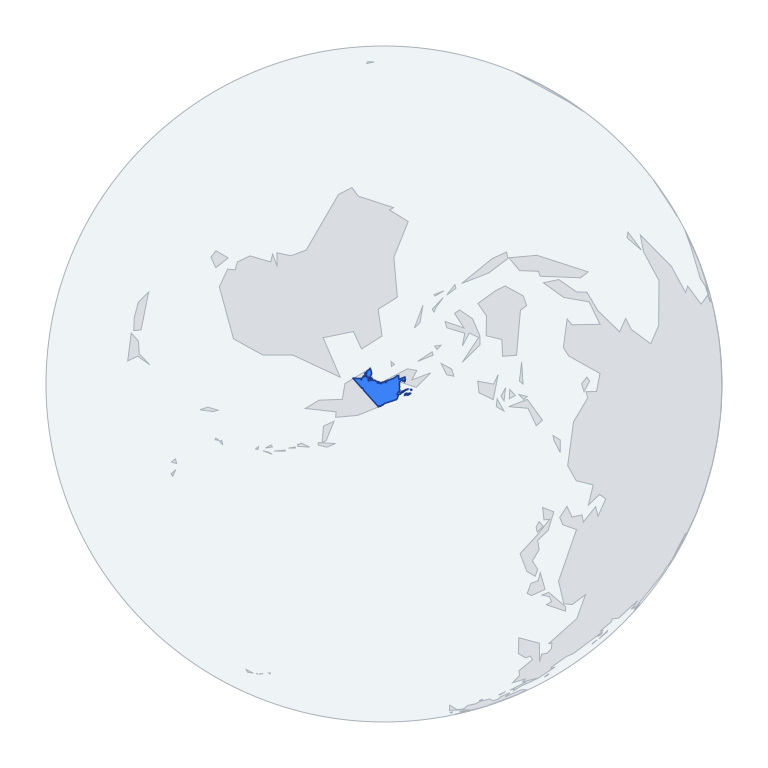 Papua highlighted on a globe, orthographic projection, rotated 138°
{"feature_id": "IDN-558", "entity_name": "Papua", "entity_type": "Province", "adm_level": 1, "iso_a3": "IDN", "parent_name": "Indonesia", "parent_adm1": "", "projection": "orthographic", "projection_center": [137.674, -4.867], "detail": "fine", "context": "on_globe", "style": "filled", "palette": "blue", "viewbox_px": 768, "rotation_deg": 138, "n_neighbors": 0, "source": "natural_earth", "source_scale": "10m", "svg_char_len": 11884}
<svg xmlns="http://www.w3.org/2000/svg" viewBox="0 0 768 768"><g transform="rotate(138 384 384)"><circle cx="384" cy="384" r="338" fill="#eef3f6" stroke="#a8b0b8"/><path d="M602.6,456.8L602.5,459.3L602.1,459.6L602.6,456.8ZM552.4,91.0L543.0,86.3L547.4,90.0L538.2,84.4L553.7,97.8L550.0,101.3L547.7,93.2L542.5,89.4L536.7,89.0L530.1,85.2L523.5,83.2L516.1,79.1L515.3,75.9L510.6,73.6L506.7,73.6L496.9,70.3L503.3,70.4L486.8,65.1L482.5,61.2L493.8,64.4L523.8,76.3L552.4,91.0ZM677.5,264.1L674.6,256.6L678.3,261.2L677.5,264.1ZM671.5,252.3L672.8,254.7L671.5,252.7L671.5,252.3ZM669.7,250.9L671.0,251.9L669.7,251.5L669.7,250.9ZM667.4,250.0L668.5,250.1L668.5,250.4L667.4,250.0ZM663.1,246.4L661.8,245.3L662.6,244.6L663.1,246.4ZM552.1,94.3L554.4,94.5L554.4,95.7L552.1,94.3ZM523.9,83.7L525.3,85.1L521.3,83.6L523.9,83.7ZM506.3,76.2L499.3,73.9L506.3,75.6L506.3,76.2ZM495.2,72.2L478.4,67.7L480.2,69.9L465.7,62.1L484.8,67.9L493.0,69.3L491.3,70.1L495.2,72.2ZM460.3,59.1L456.2,57.9L460.4,58.6L460.3,59.1ZM262.2,68.8L265.9,67.4L268.4,66.5L270.3,65.8L266.2,67.8L269.4,66.6L272.0,65.4L280.1,62.5L292.8,58.8L290.6,59.7L285.7,61.1L272.2,66.3L259.6,71.0L260.0,71.1L270.4,67.4L286.9,60.9L295.1,58.5L288.2,60.9L291.4,59.8L294.8,58.9L296.1,59.2L304.1,56.5L344.4,49.9L351.0,51.1L340.4,53.2L366.3,53.1L371.6,56.7L374.0,55.2L388.1,55.6L386.6,54.4L388.9,53.8L424.3,57.1L430.9,59.5L448.9,61.5L450.2,61.0L446.3,59.2L465.7,62.1L480.2,69.9L476.6,70.4L488.2,75.9L478.3,76.7L475.5,80.6L458.0,79.8L457.3,84.0L462.0,85.8L464.5,93.7L453.6,105.2L442.0,87.4L454.2,73.4L447.5,77.8L442.9,74.7L436.7,75.3L432.5,79.3L435.7,80.9L397.7,80.6L375.3,92.6L391.7,94.2L397.4,100.3L386.2,120.7L338.3,147.0L345.3,159.7L342.7,167.3L329.9,170.6L333.3,159.3L324.4,154.2L328.3,148.0L308.8,151.2L313.5,142.5L296.0,150.3L297.7,157.7L313.1,157.3L296.0,169.0L305.9,183.6L302.0,200.5L268.4,229.1L241.7,237.4L239.0,243.1L231.1,236.2L216.4,247.3L228.0,281.3L226.2,291.2L204.4,309.7L204.7,302.2L183.5,283.8L176.6,307.8L192.5,328.1L197.8,352.5L184.3,344.7L179.2,323.5L171.8,316.4L176.0,295.3L174.0,265.1L160.5,271.0L163.7,259.0L158.9,235.4L140.7,243.7L110.4,276.9L102.7,308.4L93.8,323.2L91.7,279.2L98.7,250.1L92.9,253.6L94.9,231.1L84.0,233.4L86.9,226.5L83.8,230.7L85.9,224.9L90.6,216.4L104.1,194.6L119.3,173.9L136.0,154.5L154.1,136.3L173.6,119.6L194.2,104.4L216.0,90.8L238.7,78.9L262.2,68.8ZM82.4,231.6L76.1,245.1L77.5,243.5L84.8,230.4L79.8,241.6L78.4,250.6L64.1,280.7L57.5,296.9L68.2,263.6L82.4,231.6ZM52.9,316.7L54.1,312.2L52.5,320.2L47.3,354.9L52.9,316.7ZM116.2,177.9L116.4,178.0L129.6,161.7L130.7,160.7L134.8,155.9L130.5,160.6L134.0,156.6L116.2,177.9ZM146.3,143.8L147.2,143.0L153.9,136.5L146.3,143.8ZM175.8,629.8L182.3,633.7L180.4,634.4L175.8,629.8ZM58.1,473.4L57.0,468.8L53.6,453.5L58.3,471.1L77.6,526.2L77.9,527.2L66.9,500.7L58.1,473.4ZM277.1,413.1L287.3,415.3L287.0,416.9L277.1,413.1ZM266.5,407.0L277.7,408.1L264.8,410.4L266.5,407.0ZM282.2,408.6L293.7,406.2L298.7,404.0L298.0,407.3L282.2,408.6ZM258.9,406.7L219.7,404.8L204.7,400.1L207.8,394.3L232.0,396.5L258.9,406.7ZM206.6,394.1L184.3,377.4L157.3,330.8L166.8,331.4L195.8,359.6L193.9,364.5L207.4,377.6L206.6,394.1ZM262.3,366.0L260.3,381.0L238.2,378.6L228.4,375.8L221.6,356.4L225.4,346.9L233.3,347.5L266.3,316.7L277.3,325.2L266.6,338.2L275.8,351.5L262.3,366.0ZM103.1,311.4L105.5,330.1L101.1,333.6L103.1,311.4ZM281.4,295.5L266.9,308.4L280.7,290.9L281.4,295.5ZM290.7,279.1L290.7,285.9L286.0,279.0L290.7,279.1ZM237.0,252.0L228.6,253.3L229.2,248.7L240.5,244.4L237.0,252.0ZM298.9,215.2L295.5,228.2L292.8,232.6L290.5,224.4L298.9,215.2ZM308.5,54.6L308.4,54.6L308.5,54.6ZM340.2,50.0L347.6,48.8L348.7,49.1L347.1,49.4L340.2,50.0ZM341.7,49.5L342.9,48.8L349.8,48.0L347.5,48.6L341.7,49.5ZM528.3,586.8L534.2,591.1L525.2,600.4L511.9,609.1L497.4,609.8L528.3,586.8ZM419.7,595.4L415.5,582.0L431.1,583.0L427.8,594.0L419.7,595.4ZM537.8,580.3L545.7,570.2L545.2,555.2L548.4,569.5L558.9,572.7L537.8,591.0L537.8,580.3ZM352.1,535.6L291.0,555.3L276.4,551.4L277.5,540.9L259.0,508.8L263.5,509.6L257.3,488.5L291.9,471.6L316.0,439.6L338.3,443.5L353.3,421.0L377.2,425.1L371.6,443.5L398.3,459.1L412.0,418.3L432.4,466.6L454.6,486.5L465.6,518.3L441.3,566.4L423.4,574.0L418.2,568.4L411.2,572.8L397.8,568.8L386.6,550.5L379.9,555.0L384.7,542.8L375.8,553.1L367.1,541.4L352.1,535.6ZM524.9,475.6L529.4,477.8L537.9,487.9L530.5,484.8L524.9,475.6ZM591.3,463.6L594.2,468.3L589.1,468.0L591.3,463.6ZM602.1,459.6L596.1,459.7L602.6,456.8L602.1,459.6ZM544.3,452.2L546.9,455.7L545.1,456.3L544.3,452.2ZM542.3,450.8L544.5,446.6L544.6,451.3L542.3,450.8ZM519.1,421.5L521.5,419.6L522.8,421.7L519.1,421.5ZM302.3,416.5L316.1,405.6L324.0,405.3L302.3,416.5ZM515.0,415.8L508.6,414.2L509.1,411.9L515.0,415.8ZM515.1,410.1L514.1,406.6L518.7,415.4L515.1,410.1ZM502.4,400.3L510.5,407.7L501.6,400.9L502.4,400.3ZM497.9,400.3L492.2,396.7L492.6,395.7L497.9,400.3ZM438.2,395.3L458.8,418.4L443.1,415.4L425.2,400.5L412.8,410.4L383.7,404.9L389.8,398.5L385.5,387.1L356.4,379.6L350.6,372.1L360.6,368.4L341.9,361.1L362.3,360.0L371.0,375.2L382.6,365.4L403.6,370.7L424.6,378.3L442.2,391.6L438.2,395.3ZM363.1,391.6L366.7,392.0L363.7,396.0L363.1,391.6ZM481.5,386.8L489.7,395.3L488.8,396.9L484.9,395.2L481.5,386.8ZM446.1,389.7L464.8,380.7L469.3,381.7L457.1,393.2L446.1,389.7ZM459.9,372.2L468.8,375.3L473.8,382.9L472.0,384.4L459.9,372.2ZM321.5,374.2L320.8,378.2L315.7,374.6L321.5,374.2ZM328.1,372.5L343.9,378.3L326.7,375.7L328.1,372.5ZM282.4,355.3L286.7,364.8L300.3,359.8L290.0,367.7L299.7,383.8L296.7,389.5L287.0,372.0L284.3,389.2L278.3,388.5L274.6,373.4L280.4,355.8L286.4,348.9L311.3,347.7L282.4,355.3ZM327.8,361.0L323.7,349.8L326.9,343.0L331.2,349.0L327.8,361.0ZM312.5,323.4L302.7,310.6L293.0,314.5L313.3,299.3L319.2,314.0L312.5,323.4ZM305.3,296.5L296.1,299.9L306.1,291.1L305.3,296.5ZM294.2,295.8L294.0,287.6L300.8,289.2L294.2,295.8ZM309.9,297.2L312.9,283.6L315.7,292.0L309.9,297.2ZM293.2,269.6L306.5,283.7L287.8,276.7L290.5,251.1L298.7,251.1L293.2,269.6ZM360.9,178.0L360.8,171.8L369.2,171.3L366.9,175.7L360.9,178.0ZM396.4,166.8L371.4,169.2L351.3,172.6L356.0,176.0L348.8,186.1L343.4,175.4L359.7,165.5L374.4,165.0L379.5,157.1L392.1,153.2L393.9,143.3L400.3,140.0L403.2,149.1L396.4,166.8ZM394.1,139.2L401.7,123.6L416.1,128.2L417.7,132.6L408.1,137.5L401.1,134.7L394.1,139.2ZM407.8,121.5L401.1,119.0L398.1,96.9L401.1,93.7L411.0,111.3L405.1,110.1L403.3,115.2L407.8,121.5ZM455.9,58.5L456.1,57.9L458.7,59.0L455.9,58.5ZM387.7,53.2L391.2,52.6L394.1,53.4L387.7,53.2ZM402.4,51.8L396.7,51.3L403.7,51.5L402.4,51.8ZM383.8,50.4L394.9,50.8L383.0,51.1L383.8,50.4Z" fill="#d9dde1" stroke="#a8b0b8" stroke-width="1"/><path d="M403.4,370.7L403.3,392.7L403.2,392.9L403.3,393.1L403.2,393.3L403.1,393.5L403.0,393.8L403.0,394.0L402.9,394.1L402.6,394.4L402.7,394.6L402.6,394.9L402.8,395.2L402.7,395.3L402.9,395.5L403.0,395.8L403.1,396.0L403.3,396.0L403.2,409.0L402.5,408.7L401.2,407.3L400.5,406.3L399.8,405.6L399.7,405.4L399.3,405.3L399.0,404.9L397.8,403.9L397.5,403.6L397.4,403.3L397.5,403.2L397.9,403.0L397.9,402.2L398.1,402.1L398.3,402.1L398.5,401.8L398.3,402.0L397.9,402.0L397.8,402.8L397.4,403.1L395.4,403.2L394.7,403.5L394.0,403.7L393.6,403.6L393.2,403.3L393.1,403.1L393.2,402.9L393.2,402.6L393.0,402.4L393.3,402.4L393.0,402.2L392.9,402.3L393.0,402.5L393.1,402.9L392.9,403.0L392.3,403.3L391.6,403.8L391.4,404.2L391.2,404.2L390.8,403.4L390.8,403.2L391.3,402.9L391.2,402.7L391.3,401.9L391.7,401.7L391.8,401.0L392.1,400.3L392.3,400.1L392.3,399.9L392.0,399.6L391.4,399.5L391.3,399.1L391.0,398.6L390.2,398.0L389.8,397.7L391.2,397.8L391.4,397.8L391.8,398.0L392.7,398.0L392.8,398.0L393.0,397.6L392.7,397.8L392.1,397.8L391.4,397.5L390.8,397.4L390.4,397.3L389.3,396.2L389.2,396.1L389.3,395.9L389.5,395.9L390.2,396.0L390.6,395.7L391.4,395.7L391.7,395.8L391.9,396.0L392.2,396.3L392.5,396.4L392.9,396.4L392.2,396.1L391.6,395.6L390.8,395.5L390.3,395.1L389.9,394.9L389.8,394.6L390.8,394.9L390.1,394.4L389.6,393.9L388.6,393.1L388.2,392.2L388.2,391.7L388.1,391.2L387.5,390.2L387.7,389.9L388.1,389.8L388.3,389.7L387.8,389.8L387.1,389.7L386.8,389.3L387.4,389.0L388.0,388.8L387.9,388.7L387.4,388.8L386.8,389.1L386.5,389.1L386.4,389.1L386.2,388.3L386.6,387.9L386.3,387.8L386.3,387.2L386.2,387.3L386.1,387.6L385.9,387.6L385.4,387.1L385.4,386.9L385.5,386.7L385.4,386.7L385.1,386.9L384.8,386.9L384.6,386.6L384.8,386.3L384.5,386.4L384.3,386.4L384.1,386.0L383.9,386.1L383.4,385.9L383.5,385.7L383.4,385.5L383.2,385.7L382.8,385.4L382.6,385.4L382.3,385.3L382.1,385.1L382.2,384.9L382.1,385.0L381.8,384.8L381.6,384.9L381.7,384.4L381.4,384.6L381.4,384.8L380.9,384.6L380.7,384.7L380.6,384.1L380.3,384.5L380.1,384.5L379.7,384.3L379.7,384.2L379.9,384.1L379.2,384.4L378.9,384.3L378.9,384.1L378.5,384.1L376.4,382.9L375.7,382.9L374.4,382.4L373.9,381.9L372.9,381.8L372.7,381.8L372.1,381.8L371.7,381.6L371.0,381.5L370.8,381.4L369.9,381.6L369.4,381.6L368.0,380.8L367.9,380.5L367.5,380.4L369.8,377.5L363.8,375.3L363.9,374.9L364.2,374.3L365.0,373.5L365.0,373.1L366.3,372.1L366.5,372.8L366.9,372.9L367.4,372.4L367.4,372.7L367.4,373.1L367.2,373.3L367.2,373.8L367.4,373.9L367.5,374.4L367.7,374.6L367.8,374.6L368.0,374.4L368.0,374.7L368.2,375.0L368.7,375.0L368.9,375.2L369.9,375.2L370.3,375.3L371.2,375.1L371.6,374.7L371.8,374.2L372.7,373.8L372.8,373.6L372.6,373.5L372.7,373.3L373.0,373.3L373.2,373.1L373.5,373.0L373.7,372.8L373.8,372.7L373.7,372.3L373.9,372.0L373.9,371.7L374.1,371.5L374.3,371.3L374.6,371.1L375.3,370.8L375.7,370.4L375.9,369.7L376.2,369.3L376.2,368.8L376.4,368.5L376.7,368.3L377.0,368.3L377.3,368.2L377.3,368.4L377.6,368.5L377.9,368.5L378.2,368.6L378.3,368.5L378.6,368.6L379.2,368.2L379.7,368.1L379.7,367.9L379.9,367.8L381.1,367.7L381.4,367.5L381.2,367.1L381.3,367.0L381.2,366.8L380.6,366.4L380.8,365.9L382.1,365.4L382.9,364.9L383.1,364.7L385.0,364.0L385.5,364.1L386.4,364.8L387.3,365.0L388.0,365.4L389.8,365.9L390.9,366.8L391.5,366.9L392.4,367.2L393.5,367.8L394.1,368.0L394.8,368.5L395.8,368.8L396.4,369.2L396.9,369.3L398.1,369.2L398.3,369.0L398.6,369.1L398.9,369.5L399.7,369.8L399.9,369.7L400.0,369.7L399.8,369.5L400.6,369.7L401.3,369.7L402.1,370.1L402.0,370.5L401.8,370.7L402.0,370.9L402.1,370.7L402.3,370.8L403.4,370.7ZM391.4,399.8L392.2,400.0L391.7,400.8L391.6,401.5L391.1,401.9L391.1,402.5L391.2,402.9L390.8,402.9L390.4,403.3L389.8,403.5L389.4,404.0L388.9,404.3L388.5,404.7L388.1,404.9L387.6,404.9L386.9,404.7L385.0,404.7L384.5,404.8L384.0,405.0L383.8,405.0L383.8,404.8L384.5,402.9L384.7,402.7L384.8,402.4L385.3,401.4L385.7,400.9L385.9,400.3L386.4,399.9L387.3,399.3L388.2,399.0L389.5,398.7L390.1,398.7L390.6,398.8L391.1,399.6L391.4,399.8ZM376.3,361.8L375.9,362.3L375.1,362.5L374.7,362.5L374.3,362.3L374.1,362.2L373.7,362.3L373.2,362.0L373.2,361.5L373.0,361.3L372.7,360.3L372.6,360.2L372.1,360.6L371.1,359.8L371.1,360.1L370.9,360.0L370.6,359.6L370.4,359.1L370.5,359.0L371.2,359.3L371.7,359.3L371.8,359.4L372.2,359.4L372.3,359.6L372.5,359.6L372.8,359.7L373.1,359.5L373.4,359.5L374.5,360.5L374.8,361.0L375.1,361.3L375.3,361.6L375.7,361.5L375.9,361.5L376.0,361.7L376.3,361.8ZM379.1,365.7L379.4,365.9L379.3,366.0L378.4,366.1L377.9,366.4L377.3,366.3L377.4,366.5L377.1,366.4L376.8,366.5L376.1,366.3L375.8,366.4L375.7,366.6L375.4,366.4L375.2,366.3L374.5,366.2L373.5,365.7L373.2,365.7L372.5,365.4L372.3,365.4L372.1,365.3L371.9,365.4L371.7,365.3L371.2,365.3L371.0,365.0L370.9,365.0L370.7,364.8L371.1,364.7L371.7,364.8L373.5,365.0L373.9,364.9L374.3,365.1L374.5,365.0L375.3,365.1L375.5,365.1L375.8,365.2L376.3,365.5L376.8,365.4L377.8,365.6L378.3,365.5L379.1,365.7ZM391.1,404.5L391.2,404.8L390.0,404.8L389.6,404.7L389.2,404.6L389.2,404.3L389.7,403.9L389.8,403.6L390.5,403.4L390.8,403.6L390.8,404.1L391.1,404.5ZM368.2,361.4L368.2,361.7L368.0,362.0L367.8,362.0L367.4,362.0L367.1,361.4L367.2,361.0L367.5,360.9L367.9,361.0L368.0,361.2L367.9,361.5L368.0,361.7L368.1,361.4L368.2,361.4ZM390.2,395.2L390.5,395.6L390.3,395.8L390.1,395.8L389.9,395.7L389.6,395.2L389.6,394.9L389.9,395.2L390.2,395.2ZM369.9,364.0L370.2,364.1L369.9,364.3L369.3,364.3L368.8,364.2L369.6,364.1L369.9,364.0Z" fill="#3b82f6" stroke="#1e3a8a" stroke-width="1.5"/></g></svg>